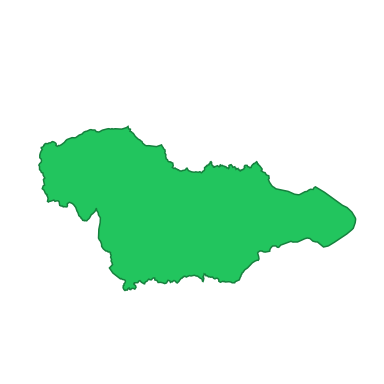 outline of Puerto Inca, Huánuco, Peru, rotated 62°
{"feature_id": "86281439B96842651539960", "entity_name": "Puerto Inca", "entity_type": "district", "adm_level": 2, "iso_a3": "PER", "parent_name": "Peru", "parent_adm1": "Huánuco", "projection": "albers", "projection_center": [-75.158, -9.27], "detail": "fine", "context": "isolated", "style": "filled", "palette": "green", "viewbox_px": 384, "rotation_deg": 62, "n_neighbors": 0, "source": "geoboundaries", "source_scale": "gbopen_adm2", "svg_char_len": 6090}
<svg xmlns="http://www.w3.org/2000/svg" viewBox="0 0 384 384"><g transform="rotate(62 192 192)"><path d="M226.0,117.6L225.6,118.0L223.9,118.6L219.8,119.0L216.8,118.7L216.2,117.5L213.7,116.6L211.9,118.3L209.2,118.4L208.0,119.8L206.6,120.3L206.0,121.0L205.6,120.9L205.2,119.7L204.5,119.3L200.4,120.0L198.9,120.6L198.2,120.5L198.1,121.0L196.3,120.5L195.6,120.7L196.1,123.0L195.9,124.2L196.3,124.5L196.2,125.5L197.3,127.7L198.1,128.3L197.9,128.6L197.8,129.6L196.5,130.0L195.9,130.9L194.4,130.8L193.4,132.6L193.8,133.7L194.8,134.2L195.2,134.0L195.4,134.7L196.0,135.3L195.8,136.0L196.2,136.8L195.8,137.5L196.0,138.1L195.6,138.5L196.1,139.1L196.1,139.5L195.0,140.2L194.2,139.9L193.4,140.5L192.9,140.4L193.0,140.9L192.4,141.5L192.6,142.4L191.4,142.1L190.7,142.6L189.8,142.4L189.4,144.4L188.5,144.2L186.3,144.6L186.3,145.5L186.0,145.5L185.9,146.3L186.0,147.0L187.8,147.7L188.4,148.7L187.6,148.9L186.9,150.1L185.9,150.1L185.2,150.6L185.1,151.2L184.2,151.5L183.5,152.5L182.9,152.6L182.5,153.0L182.5,154.1L181.4,154.2L181.5,154.8L182.3,155.2L182.6,155.9L182.3,156.4L180.7,157.2L180.5,159.6L180.1,160.3L180.6,160.7L180.4,161.1L179.8,161.4L179.2,161.1L177.7,161.7L176.1,161.4L175.1,160.8L174.1,161.0L174.2,162.0L175.2,162.7L175.3,163.9L175.9,164.2L175.5,166.1L175.8,167.1L176.3,167.1L176.1,168.4L176.4,168.9L176.4,169.5L177.9,170.2L178.6,170.9L178.9,172.0L178.8,173.0L179.3,173.6L179.4,174.8L177.8,175.5L177.5,177.3L176.0,179.2L175.6,180.8L174.0,182.9L171.4,185.1L168.6,185.2L168.5,185.9L169.2,187.1L169.3,188.3L168.6,190.2L168.5,191.6L167.2,193.2L166.1,193.4L165.6,194.3L164.9,194.4L163.5,195.6L162.8,195.7L162.8,196.9L161.0,197.8L160.1,196.3L157.4,195.4L156.2,196.5L155.5,196.6L155.5,197.1L154.8,197.5L154.6,198.2L153.1,198.8L151.9,198.5L150.5,199.3L149.6,198.8L148.5,198.7L146.7,197.5L144.6,197.7L143.8,196.8L142.1,196.1L140.4,196.8L139.0,196.6L138.2,196.9L136.1,196.8L135.3,202.0L130.8,208.4L129.8,210.5L128.8,211.4L125.7,212.7L124.2,212.5L123.5,212.7L122.8,213.3L121.4,213.6L120.5,214.5L116.2,216.0L112.6,216.3L111.9,216.9L110.4,217.2L109.3,218.3L107.7,216.9L107.2,217.2L107.2,217.9L106.4,218.3L104.1,217.7L104.4,219.6L103.5,224.5L100.1,230.1L99.3,232.3L98.5,232.9L98.4,234.1L97.0,235.8L96.5,237.2L95.3,242.2L95.4,245.1L95.2,246.3L93.7,248.2L91.7,248.6L90.6,250.7L89.5,251.9L89.1,253.0L89.0,256.1L88.5,257.7L88.4,259.5L89.2,262.0L88.8,264.9L89.4,269.0L89.0,270.3L87.7,272.4L87.0,277.6L87.3,279.2L88.3,281.4L88.9,285.1L88.9,287.2L88.3,287.9L88.5,289.4L87.0,290.3L86.0,289.4L85.0,289.4L83.6,290.0L82.1,291.3L81.9,292.1L82.2,293.8L81.5,295.2L81.7,296.4L80.4,298.7L80.8,300.3L81.4,300.6L81.4,301.2L81.9,301.6L82.2,303.0L81.9,304.2L82.4,304.5L84.2,304.3L84.9,305.7L86.2,307.4L87.9,309.0L90.1,310.2L90.9,310.2L91.9,309.7L93.6,310.1L94.8,311.1L95.5,313.2L96.4,314.6L97.7,314.6L100.7,316.1L102.1,315.6L104.1,315.8L105.1,314.7L107.3,315.5L110.5,315.4L110.9,315.8L110.8,316.4L111.3,317.4L116.7,319.0L116.7,320.4L118.8,322.7L120.9,321.8L124.8,322.1L126.0,321.3L126.1,321.7L128.9,321.8L130.3,322.2L132.4,324.0L133.5,323.4L133.3,322.1L133.7,321.4L134.3,317.7L135.9,317.4L136.4,315.2L137.4,314.1L138.2,313.9L141.7,315.1L143.0,314.1L143.6,313.0L144.7,312.7L144.8,312.0L146.4,309.5L145.8,308.5L143.8,307.6L143.5,305.1L145.6,303.3L147.4,302.5L151.1,301.9L154.9,302.5L156.6,302.4L159.8,303.0L162.5,302.0L163.1,302.3L164.2,301.8L165.7,301.8L166.0,301.1L166.8,300.7L166.6,300.1L167.7,299.1L168.0,298.4L167.4,296.9L167.3,295.9L166.7,294.5L164.7,291.5L164.6,290.1L163.6,286.8L161.7,284.4L161.8,284.2L163.8,284.8L166.1,284.5L168.2,285.3L171.8,285.0L176.0,287.5L181.1,291.7L188.8,296.2L190.8,296.3L191.9,296.0L193.3,296.0L195.5,296.3L197.6,297.3L200.6,297.0L203.6,295.8L204.4,294.6L205.6,294.2L206.3,292.9L207.2,292.4L208.2,293.1L209.9,293.1L211.3,294.5L213.7,294.6L214.3,295.4L215.3,295.9L217.1,295.7L217.9,296.2L218.8,296.2L220.3,300.6L226.4,299.9L235.1,296.0L235.1,295.2L236.4,294.6L237.9,292.8L238.9,292.5L239.9,292.9L240.8,293.9L241.1,295.1L242.5,296.0L242.4,296.6L244.2,297.8L246.2,297.9L247.5,297.4L247.4,296.7L248.2,295.1L247.4,294.2L247.6,293.6L247.2,293.4L247.2,292.6L248.3,292.9L249.0,292.5L248.9,292.2L249.4,291.8L248.9,290.9L249.0,290.2L249.6,289.0L250.9,288.1L249.9,286.2L248.3,285.8L246.1,286.6L245.4,286.2L245.6,285.6L245.2,285.3L246.6,282.5L245.7,280.5L245.8,279.6L248.0,279.0L250.7,277.3L250.8,276.8L249.9,276.2L249.6,275.2L249.6,273.4L248.6,271.3L248.8,270.8L249.7,270.4L250.5,269.0L249.9,267.7L249.8,266.4L250.5,265.3L252.2,266.1L253.7,264.5L256.0,264.4L257.1,262.0L258.8,260.1L259.9,259.3L260.1,258.9L260.3,257.2L258.7,254.6L260.0,253.3L261.7,253.5L261.6,252.1L262.1,251.5L261.6,249.9L261.7,249.4L263.3,248.4L264.5,248.4L265.4,247.7L264.7,245.3L264.2,244.6L263.1,241.9L263.4,241.1L262.9,240.1L263.1,239.3L262.7,238.5L263.3,237.6L264.4,237.0L264.6,233.5L265.7,232.3L266.6,229.0L268.2,227.7L268.8,226.6L272.2,225.1L272.8,224.5L273.7,224.1L275.7,224.6L276.2,224.3L275.6,223.6L273.8,222.1L273.0,222.0L272.3,222.3L271.7,221.8L271.6,221.0L270.1,219.8L270.6,219.6L270.9,218.8L272.5,219.0L273.2,217.7L274.6,217.4L275.1,216.3L275.8,215.8L276.8,213.7L278.4,213.4L279.5,212.5L279.4,211.2L280.1,210.1L281.1,209.6L282.2,209.6L283.4,210.2L285.0,209.3L285.3,206.7L286.2,205.9L286.1,205.5L287.1,204.8L288.6,201.4L289.8,199.9L291.0,199.2L292.2,196.9L291.5,195.9L291.8,191.5L289.9,189.4L289.4,188.4L288.5,187.8L288.0,186.7L287.2,186.1L286.9,184.7L285.5,182.0L285.1,178.6L282.8,171.8L282.6,168.5L282.9,166.3L283.4,165.6L282.6,164.3L280.1,163.4L277.0,162.8L276.3,162.2L275.9,159.8L277.1,157.8L278.3,157.1L279.4,155.6L280.7,151.5L280.7,151.0L279.7,150.6L278.4,148.8L277.5,146.3L278.9,143.3L280.8,142.6L281.4,141.8L281.4,140.7L280.5,138.8L282.0,127.7L283.5,126.5L285.7,122.2L286.2,114.3L286.7,111.9L288.4,109.7L292.2,108.3L294.2,106.1L295.0,104.7L302.3,101.7L303.4,97.8L303.6,96.8L303.2,89.7L301.7,74.9L300.3,68.3L299.7,66.6L295.8,62.4L293.2,60.5L292.0,60.0L290.0,60.0L284.7,60.3L278.5,62.4L274.4,65.4L254.4,75.2L245.4,80.6L245.5,82.2L246.6,83.8L245.2,86.2L245.1,88.2L245.5,90.1L244.8,92.1L244.8,98.1L244.5,99.2L242.1,102.5L236.6,106.8L228.6,116.4L226.0,117.6Z" fill="#22c55e" stroke="#15803d" stroke-width="1.5"/></g></svg>